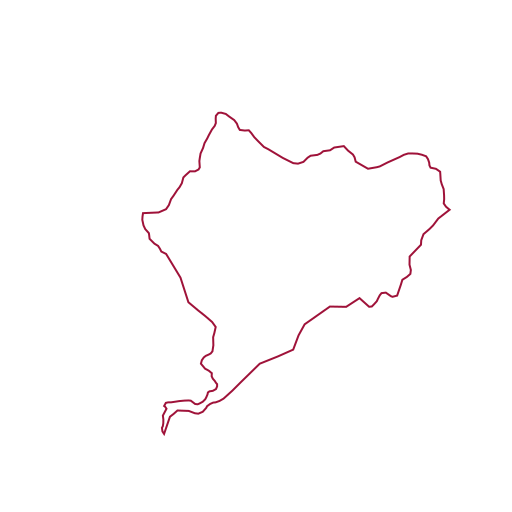 Nagha Boguila, Ouham, Central African Republic, rotated 225°
{"feature_id": "33826404B99967621035211", "entity_name": "Nagha Boguila", "entity_type": "district", "adm_level": 2, "iso_a3": "CAF", "parent_name": "Central African Republic", "parent_adm1": "Ouham", "projection": "natural_earth1", "projection_center": [16.914, 7.123], "detail": "fine", "context": "isolated", "style": "outline", "palette": "rose", "viewbox_px": 512, "rotation_deg": 225, "n_neighbors": 0, "source": "geoboundaries", "source_scale": "gbopen_adm2", "svg_char_len": 2607}
<svg xmlns="http://www.w3.org/2000/svg" viewBox="0 0 512 512"><g transform="rotate(225 256 256)"><path d="M151.8,425.6L156.5,425.2L160.4,425.9L163.1,429.2L165.7,431.7L170.6,436.0L175.4,438.1L178.8,440.0L184.0,444.6L185.4,445.8L190.4,444.9L195.0,441.9L197.4,442.7L199.6,444.5L202.9,446.1L206.2,446.8L210.3,444.9L214.2,442.5L217.9,439.1L220.9,436.1L223.0,432.1L224.4,427.5L229.1,415.2L231.8,406.9L233.3,404.3L238.5,396.9L252.2,393.2L256.1,395.5L259.2,396.3L265.4,395.6L271.6,395.8L277.4,388.0L278.4,383.1L282.5,377.7L282.9,374.0L284.1,370.9L288.3,365.5L289.0,362.0L289.0,356.1L291.6,351.0L295.3,348.0L306.4,344.3L312.4,342.8L322.8,340.2L327.5,338.7L335.8,338.7L341.2,338.8L346.3,339.6L350.0,339.8L352.6,336.8L356.6,333.7L359.7,334.5L363.1,336.1L367.5,336.7L373.8,335.6L377.8,335.1L382.0,332.7L383.8,330.6L383.5,326.8L381.7,324.7L378.4,321.6L377.2,318.8L376.6,314.3L374.8,308.1L373.6,304.6L372.2,299.4L369.8,294.9L367.7,289.3L365.0,285.5L363.2,283.1L358.4,278.9L357.8,276.5L359.0,272.7L362.6,269.2L362.9,263.3L362.9,260.2L359.9,255.0L358.7,250.5L358.4,247.3L356.9,240.1L356.3,236.2L353.6,230.4L352.7,225.5L355.7,217.9L366.2,206.4L364.1,203.6L362.0,201.2L357.2,198.1L353.3,196.7L347.9,196.4L346.4,195.3L343.4,192.9L336.6,192.9L332.4,193.9L329.1,193.2L326.1,192.2L321.0,193.9L294.1,187.3L271.1,175.5L258.5,176.6L249.9,177.6L240.3,178.3L234.3,177.3L231.0,172.1L228.9,168.3L223.0,162.7L219.4,157.8L219.1,155.1L219.7,153.0L220.9,149.9L221.2,147.4L220.6,144.0L218.8,140.9L215.3,140.6L212.3,140.3L209.8,141.1L207.8,141.6L206.0,141.7L204.4,141.9L202.3,139.6L199.8,138.7L196.8,138.5L194.6,138.0L192.9,137.9L191.3,136.3L190.2,133.6L191.2,130.1L193.2,127.4L193.5,125.5L192.4,123.8L191.2,120.8L190.6,118.8L190.6,115.3L191.7,111.6L192.4,109.9L194.4,108.3L196.8,108.0L199.8,107.6L201.5,106.2L204.3,103.2L207.7,99.1L209.9,96.1L212.5,92.6L214.7,90.3L215.9,88.4L214.9,85.0L213.8,85.2L211.3,84.7L209.0,77.3L205.9,74.9L203.3,72.2L201.5,69.7L201.0,68.0L198.1,65.8L195.2,65.2L203.2,81.5L202.6,86.0L202.3,91.2L194.0,98.9L188.0,101.6L185.3,103.7L183.5,108.2L183.8,113.4L184.4,115.2L183.8,119.0L182.6,122.1L181.1,123.9L179.3,127.7L178.1,132.2L177.5,144.0L177.5,156.1L177.2,182.5L169.5,200.5L163.5,216.1L169.8,230.0L173.3,242.1L168.0,272.5L156.3,283.8L153.0,299.4L140.1,300.1L138.4,302.2L138.4,305.3L138.6,309.4L139.5,311.9L140.7,315.7L141.0,318.5L138.3,321.9L132.1,323.0L130.6,323.7L128.2,327.8L133.3,338.2L135.7,342.7L134.5,347.9L134.2,352.5L136.6,355.6L141.3,358.4L144.3,361.5L147.0,364.3L147.3,380.6L150.3,384.0L153.0,389.9L152.4,397.9L152.4,402.8L153.6,411.4L151.8,425.6Z" fill="none" stroke="#9f1239" stroke-width="2"/></g></svg>